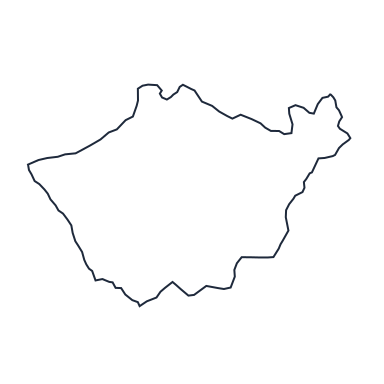 Kivisili, Larnaca, Cyprus, rotated 266°
{"feature_id": "46923920B59918877113180", "entity_name": "Kivisili", "entity_type": "district", "adm_level": 2, "iso_a3": "CYP", "parent_name": "Cyprus", "parent_adm1": "Larnaca", "projection": "mercator", "projection_center": [33.515, 34.826], "detail": "fine", "context": "isolated", "style": "outline", "palette": "slate", "viewbox_px": 384, "rotation_deg": 266, "n_neighbors": 0, "source": "geoboundaries", "source_scale": "gbopen_adm2", "svg_char_len": 1845}
<svg xmlns="http://www.w3.org/2000/svg" viewBox="0 0 384 384"><g transform="rotate(266 192 192)"><path d="M230.8,30.3L230.4,30.4L225.3,30.9L220.9,33.1L213.9,35.8L210.6,40.2L204.8,45.0L200.4,48.0L194.5,50.3L188.2,55.0L182.9,57.5L179.5,61.8L173.3,65.8L167.1,69.3L159.5,70.1L151.0,72.2L146.9,74.5L139.8,78.2L131.8,79.8L127.2,81.5L122.7,83.9L120.2,86.9L110.5,89.6L111.4,96.5L108.1,103.2L107.4,106.5L101.7,109.1L101.1,114.6L94.4,118.3L88.3,124.9L85.9,130.3L81.8,131.8L86.1,139.3L89.2,149.2L94.7,153.6L98.2,158.3L103.6,166.3L100.6,169.4L95.9,174.0L95.7,174.2L88.9,181.2L89.2,186.9L97.3,199.7L94.3,211.4L93.0,217.1L93.6,221.1L94.0,223.9L104.6,228.8L111.3,228.8L117.8,231.8L123.5,237.0L122.8,245.9L121.9,255.6L121.4,263.3L121.4,268.7L129.5,274.6L133.7,276.7L137.1,279.1L146.8,285.5L160.3,283.8L167.3,284.6L173.1,288.1L178.3,292.8L181.1,294.7L184.2,302.2L188.4,304.5L194.1,304.3L197.0,306.9L202.4,310.7L203.2,313.0L216.7,320.5L216.7,326.7L218.0,334.9L219.0,337.3L225.6,341.7L229.0,345.7L233.0,352.1L234.7,353.7L239.6,351.1L244.8,343.9L247.7,342.2L252.1,343.8L256.2,346.9L257.7,346.4L263.3,344.3L266.4,342.0L273.3,341.3L276.6,339.6L279.4,337.3L279.7,336.6L277.6,334.4L276.8,328.7L270.9,323.6L261.7,319.0L262.8,314.6L268.2,309.2L271.4,301.3L269.0,294.5L263.3,294.5L252.5,297.0L243.8,295.3L243.3,288.0L246.8,283.1L247.4,275.0L251.1,269.5L255.7,265.2L260.6,256.5L265.7,245.9L262.4,237.4L265.4,232.3L270.4,224.7L276.5,218.1L281.5,208.2L293.1,201.6L294.8,198.4L297.4,194.1L299.6,190.4L297.7,187.1L292.7,184.2L290.5,180.2L288.2,177.6L286.0,173.4L288.4,168.7L292.4,166.8L295.3,168.9L301.0,164.7L302.2,155.7L301.5,150.1L298.8,145.2L287.0,144.5L281.8,142.8L271.4,138.3L268.3,130.8L259.7,121.4L257.2,113.1L250.8,104.4L245.3,93.2L238.7,78.6L238.4,68.0L236.5,60.6L236.0,50.0L235.8,48.7L234.6,41.1L230.8,30.3Z" fill="none" stroke="#1e293b" stroke-width="2"/></g></svg>